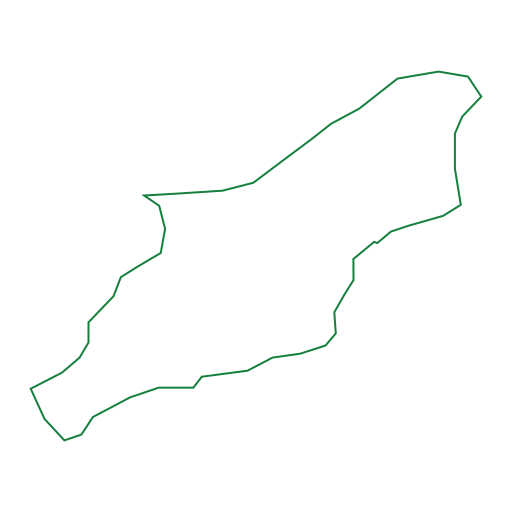 the district of Ale, Västra Götaland, Sweden
{"feature_id": "70781695B73988580655611", "entity_name": "Ale", "entity_type": "district", "adm_level": 2, "iso_a3": "SWE", "parent_name": "Sweden", "parent_adm1": "Västra Götaland", "projection": "natural_earth1", "projection_center": [12.255, 57.976], "detail": "fine", "context": "isolated", "style": "outline", "palette": "green", "viewbox_px": 512, "rotation_deg": 0, "n_neighbors": 0, "source": "geoboundaries", "source_scale": "gbopen_adm2", "svg_char_len": 759}
<svg xmlns="http://www.w3.org/2000/svg" viewBox="0 0 512 512"><path d="M30.7,388.7L44.5,418.9L64.4,440.4L81.5,434.5L92.9,417.0L130.0,397.4L158.5,387.7L193.3,387.7L201.8,376.7L247.5,370.7L272.5,357.6L300.5,353.6L325.5,345.5L335.8,333.4L334.3,312.3L344.6,294.2L353.5,280.1L353.4,259.0L373.5,242.4L374.0,241.9L377.3,243.0L390.9,231.6L407.9,225.9L443.2,215.8L460.8,204.8L454.9,168.7L454.9,133.6L462.2,116.6L481.3,96.6L473.2,84.5L468.0,76.6L438.6,71.6L419.6,74.8L397.5,78.6L359.3,108.6L331.3,123.6L312.2,138.6L281.3,161.7L253.4,182.7L222.5,190.7L175.4,193.7L144.1,195.5L144.5,195.8L159.2,205.8L165.1,228.9L160.7,253.0L138.6,266.0L120.9,277.1L113.5,296.2L88.5,322.3L88.5,342.5L79.6,357.6L61.9,372.7L30.7,388.7Z" fill="none" stroke="#15803d" stroke-width="2"/></svg>